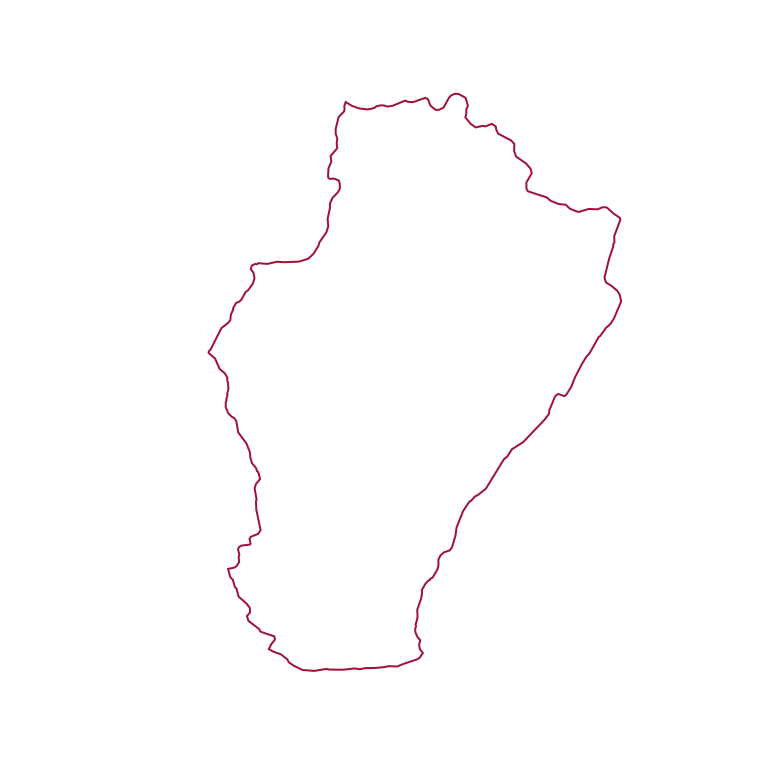 the district of San Pedro Pinula, Jalapa, Guatemala, rotated 208°
{"feature_id": "79465075B26197491104474", "entity_name": "San Pedro Pinula", "entity_type": "district", "adm_level": 2, "iso_a3": "GTM", "parent_name": "Guatemala", "parent_adm1": "Jalapa", "projection": "orthographic", "projection_center": [-89.845, 14.713], "detail": "fine", "context": "isolated", "style": "outline", "palette": "rose", "viewbox_px": 768, "rotation_deg": 208, "n_neighbors": 0, "source": "geoboundaries", "source_scale": "gbopen_adm2", "svg_char_len": 3445}
<svg xmlns="http://www.w3.org/2000/svg" viewBox="0 0 768 768"><g transform="rotate(208 384 384)"><path d="M361.3,95.9L356.4,95.7L348.2,96.9L340.1,95.5L337.4,93.6L331.6,92.9L321.8,93.2L310.9,97.9L301.0,105.5L298.0,106.3L286.2,112.4L276.1,119.2L271.4,120.8L266.8,124.6L258.8,128.9L250.1,134.7L248.0,136.7L239.7,140.8L235.4,146.0L225.4,156.5L224.0,159.1L223.4,164.7L228.1,166.9L230.6,170.2L231.2,172.6L231.3,174.0L232.1,175.0L236.0,176.5L239.8,179.6L241.5,182.4L242.0,185.3L243.2,186.4L243.5,188.2L243.8,189.9L245.0,194.0L248.7,200.4L250.5,212.0L252.3,217.4L253.9,219.8L253.6,227.2L252.5,231.3L251.5,232.5L251.6,233.9L250.2,235.9L249.8,245.3L250.6,249.1L253.5,254.4L253.7,259.3L251.9,263.7L247.9,267.9L247.3,271.7L249.6,283.3L252.6,291.5L254.5,308.9L253.4,320.2L252.3,321.7L251.1,326.9L248.8,330.5L244.9,339.4L242.8,373.8L241.0,378.2L240.4,386.5L233.9,397.8L225.4,428.1L224.3,435.4L225.7,438.4L227.1,453.1L226.3,455.8L225.4,457.0L219.2,457.9L218.1,459.5L217.3,469.2L218.5,479.4L218.6,494.7L218.2,502.5L216.9,507.9L216.5,526.5L215.7,527.7L214.3,537.9L212.4,542.8L211.7,549.7L213.4,568.3L217.7,573.4L221.7,575.8L228.9,577.4L235.7,577.9L239.2,581.3L244.1,600.5L246.3,613.5L247.2,614.7L247.0,617.2L250.1,622.5L252.4,639.9L253.5,641.4L261.7,642.3L269.7,644.4L272.1,643.8L274.5,642.2L277.2,638.6L285.4,634.7L292.4,627.7L295.1,626.7L302.4,626.1L307.6,627.6L314.4,624.9L322.7,624.0L327.9,625.1L347.5,621.7L349.8,623.2L352.9,628.7L352.5,639.5L355.4,642.7L362.0,645.4L374.2,646.8L378.5,650.8L381.6,657.1L386.1,658.7L400.7,658.6L404.2,661.2L406.3,663.9L410.9,664.3L415.3,659.1L418.0,658.3L423.5,653.6L429.7,654.4L437.3,657.6L438.1,661.2L440.3,665.1L440.5,669.0L446.3,675.0L454.5,675.1L457.8,673.4L460.1,670.5L461.0,667.4L461.2,656.1L464.0,652.1L466.9,650.3L470.8,650.9L474.0,651.8L479.0,656.2L481.9,656.0L490.8,646.4L495.1,644.5L498.4,644.1L507.0,633.7L511.3,630.5L514.7,630.0L518.0,628.3L521.2,625.6L521.5,624.2L523.7,621.7L527.7,618.6L535.2,615.7L542.9,614.5L550.2,615.0L549.4,610.3L548.1,608.8L547.2,606.0L549.4,598.3L546.3,586.2L544.1,582.3L540.3,578.5L538.9,574.5L536.0,570.2L538.2,560.3L534.9,555.5L534.2,548.2L531.1,541.5L529.9,539.9L527.9,539.7L524.7,541.9L519.4,542.4L517.0,540.0L514.7,535.8L514.8,531.3L516.8,524.4L516.5,518.1L514.3,513.9L511.3,503.3L507.3,497.2L506.1,491.0L507.5,478.8L506.8,475.2L507.3,466.3L509.7,459.0L516.6,452.1L528.9,444.9L536.0,441.6L543.5,435.2L551.7,431.7L552.1,430.3L553.9,429.7L556.3,426.6L555.5,422.8L551.7,421.1L548.1,416.8L546.9,411.1L548.0,402.8L549.4,400.3L549.5,391.5L550.5,388.7L552.7,386.0L552.8,380.1L552.1,379.2L551.8,373.4L549.7,368.3L550.3,364.9L553.8,357.0L553.3,333.3L554.0,330.6L553.5,329.1L545.1,327.2L536.2,320.1L529.6,318.7L525.5,316.3L523.8,313.2L522.3,311.9L518.9,306.3L517.9,301.7L516.9,300.6L516.2,296.8L515.3,295.6L515.2,293.7L512.9,289.2L507.6,285.0L503.4,283.7L500.0,283.5L497.1,282.0L489.9,272.8L477.3,266.8L470.0,260.4L467.6,256.4L463.5,252.2L457.3,249.6L455.2,247.4L453.4,246.9L448.8,241.9L450.1,235.4L449.2,231.1L442.3,222.2L442.0,220.3L437.8,213.2L424.4,197.1L424.7,192.7L429.9,186.5L430.0,184.0L427.1,180.7L427.0,179.3L434.1,174.3L435.4,171.9L435.3,169.4L431.6,165.5L430.9,162.6L428.3,158.8L428.7,153.9L430.1,151.5L434.9,147.5L429.1,141.4L425.5,140.1L420.4,134.8L418.2,134.1L412.6,128.0L402.6,125.7L397.4,123.4L395.0,119.3L396.1,114.7L392.4,111.2L378.9,108.9L377.9,107.8L376.0,107.4L362.3,109.7L360.3,107.1L361.4,101.3L361.3,95.9Z" fill="none" stroke="#9f1239" stroke-width="2"/></g></svg>